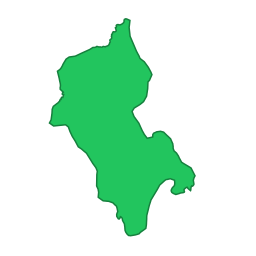 Al Haymah Al Kharijiyah, Sana'a, Yemen, rotated 144°
{"feature_id": "15242507B8947662040309", "entity_name": "Al Haymah Al Kharijiyah", "entity_type": "district", "adm_level": 2, "iso_a3": "YEM", "parent_name": "Yemen", "parent_adm1": "Sana'a", "projection": "mercator", "projection_center": [43.852, 15.031], "detail": "fine", "context": "isolated", "style": "filled", "palette": "green", "viewbox_px": 256, "rotation_deg": 144, "n_neighbors": 0, "source": "geoboundaries", "source_scale": "gbopen_adm2", "svg_char_len": 4157}
<svg xmlns="http://www.w3.org/2000/svg" viewBox="0 0 256 256"><g transform="rotate(144 128 128)"><path d="M151.7,215.4L154.6,208.3L155.2,207.1L156.5,204.1L157.4,202.4L158.5,201.1L159.2,200.5L160.1,199.1L159.3,195.0L160.3,194.9L161.3,194.1L161.1,193.4L160.4,192.9L161.7,191.9L162.8,191.0L163.6,191.8L164.6,191.4L164.8,190.8L165.6,190.5L165.9,190.9L166.1,190.8L166.6,190.6L167.1,190.4L167.6,189.8L167.9,189.7L168.7,189.8L169.7,189.5L171.2,189.5L174.8,189.4L175.7,189.4L178.3,187.7L180.8,184.6L185.4,179.8L188.6,178.2L187.0,173.4L186.9,173.3L182.6,170.8L179.0,168.7L176.6,167.3L175.6,163.9L175.7,163.7L177.0,159.2L178.0,153.9L178.4,148.2L179.3,142.0L178.6,140.1L177.9,138.2L177.3,135.5L176.4,132.0L177.1,122.4L177.3,120.1L177.3,116.1L177.3,114.8L177.7,113.1L178.2,111.1L180.6,108.6L187.4,99.6L187.5,99.3L188.1,96.2L189.5,93.3L192.8,89.5L192.8,89.4L192.1,87.2L191.0,83.9L190.9,83.7L186.6,79.9L184.2,76.4L184.0,75.1L183.9,74.5L183.8,73.6L183.5,72.7L183.3,71.8L183.7,70.2L184.1,69.3L185.4,66.4L185.5,66.4L187.2,65.3L187.9,64.8L189.0,63.2L189.0,62.9L189.1,62.2L189.2,60.2L188.7,59.6L188.2,59.6L187.3,59.9L186.3,60.7L185.8,59.7L185.8,58.2L186.7,56.5L186.8,56.0L187.1,53.9L187.2,52.7L187.8,51.6L188.9,49.5L189.5,48.6L190.3,47.3L190.6,46.7L191.0,45.0L191.1,42.7L190.8,41.1L190.7,40.7L189.9,40.0L189.3,39.4L184.9,37.2L183.0,36.5L181.2,35.9L179.4,36.3L179.2,36.3L178.9,36.3L172.6,36.3L172.4,36.5L171.8,37.1L170.2,38.7L168.8,40.4L168.6,40.7L166.3,43.5L165.2,45.0L164.2,46.2L163.4,46.9L160.9,49.0L159.1,50.5L157.6,51.8L156.0,53.1L152.7,55.5L151.7,56.3L150.0,57.0L147.7,58.0L145.8,58.8L143.2,59.9L143.0,60.0L140.8,60.9L135.9,63.2L134.2,63.4L133.8,63.4L130.3,63.8L127.9,64.0L127.6,63.9L126.4,63.3L123.6,62.1L121.1,58.4L121.6,57.5L122.7,55.7L124.2,54.2L124.5,54.1L125.0,54.0L127.2,53.6L128.6,52.9L128.9,52.8L130.0,51.8L130.4,50.2L130.3,49.9L129.8,48.4L128.4,46.1L127.3,45.7L125.7,45.1L125.2,44.9L124.3,44.7L123.6,44.5L121.6,43.4L121.2,43.2L120.4,43.0L119.8,43.2L119.3,44.6L118.7,45.4L117.3,45.6L116.1,45.6L115.4,45.5L115.0,45.4L115.0,43.7L114.6,42.1L114.2,40.6L113.9,40.8L113.6,41.0L112.9,41.9L111.5,43.3L111.1,43.3L110.6,43.7L109.9,43.0L109.0,43.2L108.0,43.5L107.5,44.1L106.7,45.7L105.9,47.3L103.9,48.9L102.7,49.5L101.9,49.9L100.5,58.6L101.0,59.8L104.0,66.8L104.6,68.4L104.8,68.7L104.2,73.1L104.2,73.4L103.8,75.2L103.7,75.6L103.5,79.2L104.2,82.4L103.4,85.1L102.3,86.6L101.2,88.7L101.1,88.8L99.9,94.3L100.1,95.2L100.6,98.1L100.7,98.3L101.3,101.8L101.6,103.7L103.6,106.2L106.9,108.0L110.4,108.7L111.9,108.0L113.3,106.2L118.5,108.4L118.6,113.6L118.5,113.8L118.3,115.4L118.1,117.3L117.8,118.8L117.1,122.3L117.0,122.6L116.9,123.2L116.4,125.5L116.4,133.7L115.6,136.7L115.0,139.0L112.0,140.2L111.3,140.5L108.6,140.3L105.1,140.0L103.9,140.0L101.3,140.1L99.9,140.2L94.3,142.8L90.8,146.4L89.1,148.1L84.8,153.5L82.5,154.0L80.5,155.2L77.3,157.1L76.6,160.0L75.9,165.3L75.9,168.9L75.9,172.0L77.4,177.2L76.7,180.1L76.5,181.9L76.0,185.3L74.4,192.2L72.4,201.0L68.0,208.7L66.3,210.5L63.2,213.9L64.6,216.4L65.5,217.6L66.6,217.9L67.1,218.0L67.5,217.7L68.0,217.3L68.4,216.6L68.9,216.2L69.7,215.8L70.3,215.7L70.9,215.7L71.6,215.7L71.9,215.7L72.2,215.7L73.0,215.9L73.9,216.1L74.4,216.6L74.8,216.9L75.1,217.4L75.5,217.7L76.1,218.0L76.9,218.0L77.5,217.6L77.6,216.9L78.5,216.4L79.3,216.5L80.1,213.9L80.5,213.5L81.1,213.4L81.8,213.4L82.3,213.6L82.9,214.1L83.3,214.5L83.7,214.5L84.5,213.9L84.9,213.9L85.6,213.3L85.8,213.3L86.2,213.3L86.4,213.2L86.5,212.7L87.6,211.9L87.6,211.3L88.0,210.9L88.4,210.3L88.9,210.0L89.4,210.0L90.3,210.0L90.8,209.9L91.2,209.5L91.4,208.9L91.9,208.0L92.2,207.8L92.8,207.7L93.4,207.3L93.6,206.9L94.3,206.6L94.9,206.5L95.4,206.4L96.1,206.4L96.7,206.5L97.5,206.9L98.1,207.0L98.6,207.0L99.0,207.4L99.3,207.7L99.7,208.2L100.2,208.6L100.6,208.6L101.3,208.6L101.8,208.9L102.2,209.3L102.5,209.6L103.0,210.1L103.4,210.3L103.9,210.6L104.3,211.1L104.8,211.8L105.2,212.3L105.8,212.4L106.3,212.3L107.2,212.6L107.8,212.9L107.9,213.0L108.3,213.3L108.9,213.6L109.1,213.8L112.8,214.0L121.5,215.8L123.0,216.1L123.7,216.2L128.4,217.1L133.9,220.0L137.6,220.1L140.7,218.8L143.0,217.8L144.9,216.7L147.3,215.7L148.8,215.4L151.7,215.4Z" fill="#22c55e" stroke="#15803d" stroke-width="1.5"/></g></svg>